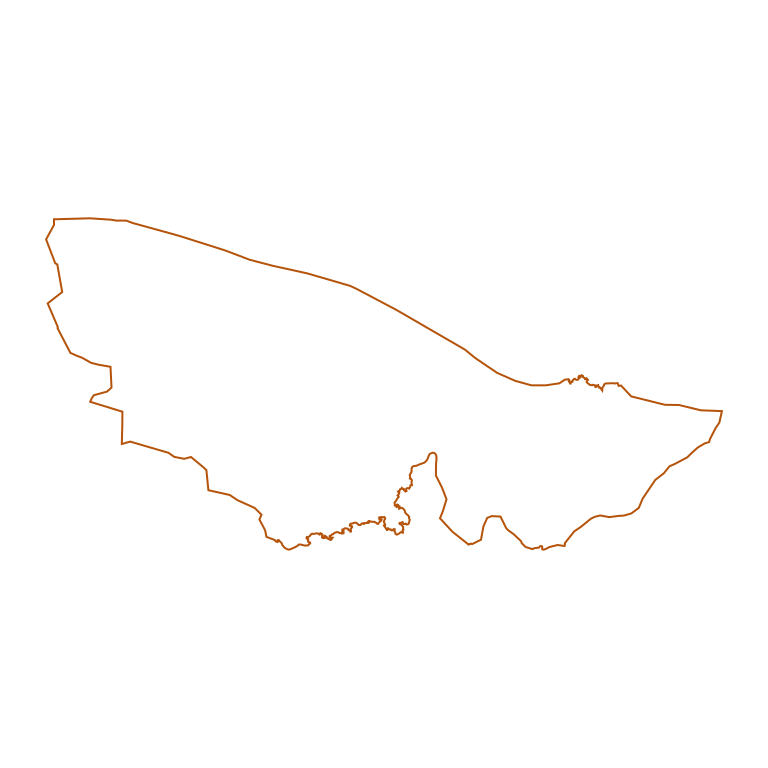 Yunusari, Yobe, Nigeria (Mercator projection)
{"feature_id": "59680162B1638752109374", "entity_name": "Yunusari", "entity_type": "district", "adm_level": 2, "iso_a3": "NGA", "parent_name": "Nigeria", "parent_adm1": "Yobe", "projection": "mercator", "projection_center": [11.911, 13.116], "detail": "fine", "context": "isolated", "style": "outline", "palette": "amber", "viewbox_px": 768, "rotation_deg": 0, "n_neighbors": 0, "source": "geoboundaries", "source_scale": "gbopen_adm2", "svg_char_len": 6109}
<svg xmlns="http://www.w3.org/2000/svg" viewBox="0 0 768 768"><path d="M721.9,411.1L700.7,410.3L679.0,405.0L665.0,404.8L631.2,396.4L621.0,385.5L618.6,385.9L617.7,383.2L616.5,383.2L614.8,383.5L612.8,383.2L605.4,383.5L604.2,384.4L604.0,385.4L602.4,387.8L602.2,390.4L600.3,387.8L599.4,387.7L599.5,387.1L598.6,386.6L598.3,386.2L598.2,385.1L597.1,385.5L596.5,385.7L596.0,385.5L595.8,385.9L596.3,386.8L595.8,387.0L595.3,386.8L594.9,385.5L593.8,385.0L592.5,384.8L592.1,385.2L590.7,385.1L589.7,384.8L587.6,383.1L586.7,382.2L586.7,381.5L587.0,380.8L587.7,380.3L587.9,379.8L587.4,379.4L586.6,378.3L585.8,378.5L585.6,379.1L585.1,379.2L584.8,378.7L584.7,378.1L583.1,377.2L582.9,375.9L581.7,375.2L581.0,375.7L580.7,377.1L580.2,377.4L579.6,377.2L579.9,376.1L579.5,375.8L579.1,375.9L578.4,377.2L579.0,377.9L579.0,378.4L577.7,379.8L576.0,379.7L575.4,379.4L575.1,378.9L574.1,378.9L572.7,380.4L572.5,381.6L572.1,381.9L571.2,381.6L571.0,381.8L570.6,383.6L570.1,383.5L569.4,381.9L568.8,381.4L568.8,380.9L569.3,380.2L569.1,379.7L568.6,379.2L564.8,379.7L559.4,383.3L546.0,385.3L531.3,385.3L515.1,380.8L497.2,372.9L475.2,358.0L464.9,349.6L396.0,309.7L356.2,288.7L350.2,285.9L307.3,273.4L273.2,265.9L249.5,259.7L225.6,250.6L179.0,235.8L133.0,223.1L126.2,220.6L116.4,220.6L111.0,219.7L89.9,218.3L54.0,219.3L54.0,224.9L46.1,239.4L55.2,263.2L57.3,264.5L62.2,292.0L47.7,303.4L57.8,327.0L57.5,328.1L70.4,352.9L77.1,355.9L81.8,357.6L91.0,362.8L98.5,364.7L110.5,366.8L111.5,387.6L107.0,391.6L93.9,395.2L91.7,398.3L90.2,401.8L122.4,411.7L122.3,426.0L121.8,444.0L130.2,441.6L168.5,452.8L174.3,456.9L184.2,458.8L191.0,457.0L203.3,467.2L206.4,470.1L208.4,490.2L229.8,495.0L237.5,500.2L254.6,507.9L261.5,514.7L259.4,519.5L265.1,530.2L266.5,536.9L274.8,540.0L275.2,540.8L275.9,541.4L277.4,542.1L277.8,541.7L277.4,540.6L277.8,540.1L278.8,540.1L279.6,541.1L281.7,543.2L282.5,545.3L284.4,547.5L285.7,548.4L287.5,549.3L289.4,549.6L294.4,547.5L297.4,545.9L298.9,544.5L300.6,544.5L304.9,545.6L308.4,545.3L308.9,544.4L310.2,543.4L310.1,542.5L308.3,542.0L307.9,540.4L308.3,539.4L307.6,538.6L306.7,538.6L306.5,537.6L306.9,536.9L308.4,537.0L309.6,536.2L310.8,534.6L312.0,533.7L313.0,533.9L314.8,533.8L316.1,533.4L317.6,533.4L318.6,533.9L319.4,534.6L320.1,534.4L320.4,533.2L321.7,533.8L322.3,534.5L322.1,535.3L322.0,537.3L322.8,538.0L323.7,538.2L324.4,538.0L324.9,537.4L324.1,536.4L324.3,535.7L325.1,535.8L325.7,536.4L326.5,536.8L326.1,537.8L327.3,538.2L328.9,539.3L330.8,540.0L332.0,538.7L332.6,537.7L330.5,537.6L329.6,537.4L329.5,536.8L329.7,535.9L331.4,535.2L332.3,534.2L333.2,534.1L333.5,533.6L334.8,532.8L335.6,532.4L337.2,532.1L338.2,532.2L339.6,533.1L340.8,533.2L341.8,533.6L343.1,533.4L343.6,533.1L343.6,532.2L342.3,531.8L342.5,531.4L343.5,530.9L343.5,530.5L343.1,530.2L342.5,530.3L342.2,530.1L342.4,529.5L343.4,529.3L344.5,528.4L344.9,528.5L345.7,528.3L347.8,528.7L348.2,529.1L348.4,529.9L348.7,530.1L350.2,530.5L350.6,530.9L350.4,531.6L350.8,531.7L351.0,531.4L351.1,530.9L350.7,529.1L350.8,528.5L351.7,527.8L352.1,527.2L352.0,526.5L351.7,526.1L351.1,525.8L350.1,525.9L349.8,525.2L350.0,524.4L350.3,523.9L350.8,523.7L352.4,523.5L353.6,523.0L355.0,522.6L355.9,522.7L357.8,523.8L358.5,524.9L359.2,525.1L359.3,525.0L360.5,525.0L361.5,523.8L362.7,523.2L363.8,524.0L364.0,523.9L363.9,523.3L364.1,523.1L367.1,523.0L367.3,522.5L368.6,522.9L369.0,522.7L369.2,522.2L368.8,522.0L368.4,521.3L368.6,521.1L369.2,521.0L371.9,521.8L374.1,521.8L376.2,522.8L377.1,523.7L377.6,523.9L378.1,523.9L378.7,522.9L380.6,521.0L381.3,520.6L381.7,519.9L381.5,519.4L380.7,519.0L380.3,519.1L379.8,519.7L379.4,519.5L379.6,518.4L379.0,517.8L379.1,517.5L379.7,517.3L381.9,517.0L383.1,517.5L384.2,517.0L385.1,518.0L385.1,518.8L384.5,519.8L383.9,521.9L383.9,522.3L384.3,522.7L385.2,524.7L385.1,525.3L384.1,525.3L383.9,525.4L384.3,526.2L385.5,527.6L385.9,528.6L386.9,530.0L387.3,530.0L387.6,529.6L387.8,528.3L388.0,528.2L388.6,528.6L389.1,529.4L389.4,529.5L390.8,529.4L391.4,530.3L391.7,530.4L392.4,530.3L393.6,529.1L394.6,529.1L394.7,529.6L394.4,530.8L394.5,531.4L394.9,531.7L395.4,532.8L395.5,533.2L395.4,533.6L395.8,534.1L396.7,534.6L397.7,534.3L399.3,533.4L400.5,532.3L401.0,532.1L402.9,532.8L403.1,532.4L402.5,530.7L402.7,530.1L403.4,529.7L403.1,528.9L403.1,526.8L401.6,524.9L399.7,524.0L399.4,523.5L399.6,523.0L399.9,522.9L400.2,523.3L400.7,523.3L401.8,522.3L402.4,522.1L402.8,522.3L403.2,523.5L403.7,524.0L404.9,524.0L405.8,523.6L406.4,524.5L407.9,524.3L408.6,523.7L409.1,522.5L409.7,519.7L408.9,517.8L409.2,516.8L407.8,515.1L406.2,513.8L405.1,512.4L404.8,510.9L404.1,509.7L402.7,508.2L401.3,507.8L399.1,508.7L399.0,507.9L399.7,507.3L399.5,506.3L397.5,506.6L396.6,507.0L396.5,506.5L397.8,505.5L398.0,504.9L397.2,504.5L395.6,505.9L394.8,505.5L394.6,502.5L395.9,501.0L398.0,497.5L398.7,496.9L398.6,496.3L397.6,495.4L399.0,493.8L399.3,492.8L398.0,491.7L398.4,491.1L399.4,491.1L399.9,489.4L401.2,488.9L401.8,487.9L402.7,488.9L403.8,488.9L403.9,490.0L405.4,491.5L406.5,491.0L406.0,489.8L406.3,488.6L407.5,488.1L408.5,488.1L409.1,488.6L410.2,486.8L410.5,485.2L411.4,484.7L411.9,484.9L411.5,482.1L411.9,480.2L411.3,479.1L409.9,478.6L410.2,476.7L409.7,475.0L411.6,471.7L411.5,468.9L412.3,466.9L413.9,466.0L416.5,465.8L418.1,464.9L424.3,462.7L426.5,460.7L427.7,458.6L429.3,454.4L430.6,453.5L432.6,452.7L434.2,452.9L435.3,453.9L436.2,455.2L436.6,458.2L436.3,459.5L436.5,460.7L436.1,461.8L435.9,475.5L442.0,487.6L446.5,499.3L442.9,511.1L440.0,518.3L452.4,531.7L468.6,544.6L469.5,544.0L470.0,543.9L470.1,544.1L471.2,543.6L472.1,544.1L481.0,539.7L483.4,526.5L487.2,517.9L491.7,516.1L500.5,516.6L506.1,528.0L507.9,530.0L513.9,534.4L521.0,541.1L521.7,543.1L525.6,547.0L532.4,549.1L534.7,548.1L539.0,547.6L540.1,546.2L541.7,546.1L542.3,547.1L542.2,548.6L542.3,549.4L543.8,549.7L546.0,548.8L549.3,547.1L557.6,545.0L564.5,546.0L564.9,544.4L564.9,543.1L574.3,531.3L581.0,526.8L590.9,518.7L594.8,516.8L600.2,515.5L609.3,517.1L618.7,515.9L623.9,515.6L631.4,513.4L638.8,507.9L642.6,498.7L655.3,479.9L663.8,473.3L669.6,466.2L674.7,464.0L687.2,457.4L692.0,452.7L697.8,447.5L704.7,443.4L709.1,442.1L710.1,438.8L715.6,428.1L719.4,422.5L721.9,411.1Z" fill="none" stroke="#b45309" stroke-width="2"/></svg>